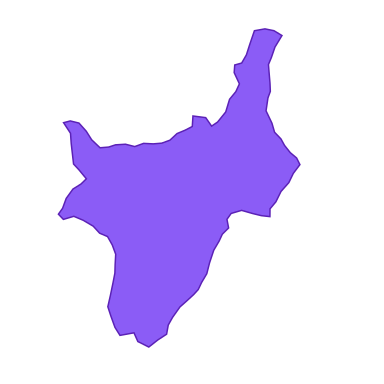 Mauá, São Paulo, Brazil, rotated 342°
{"feature_id": "56859067B13191510448941", "entity_name": "Mauá", "entity_type": "district", "adm_level": 2, "iso_a3": "BRA", "parent_name": "Brazil", "parent_adm1": "São Paulo", "projection": "orthographic", "projection_center": [-46.443, -23.666], "detail": "fine", "context": "isolated", "style": "filled", "palette": "violet", "viewbox_px": 384, "rotation_deg": 342, "n_neighbors": 0, "source": "geoboundaries", "source_scale": "gbopen_adm2", "svg_char_len": 1385}
<svg xmlns="http://www.w3.org/2000/svg" viewBox="0 0 384 384"><g transform="rotate(342 192 192)"><path d="M301.2,57.9L292.6,69.4L286.1,78.4L279.1,84.7L271.9,84.4L269.0,91.5L270.5,103.8L264.7,110.1L256.4,115.4L248.8,126.3L237.9,133.4L231.0,135.4L228.0,125.5L216.4,120.0L212.5,129.8L204.4,131.1L195.8,131.8L187.0,135.9L178.3,136.2L169.9,134.2L161.0,130.8L151.6,131.1L143.5,126.0L133.8,123.5L126.6,123.5L118.2,121.5L112.7,111.3L110.2,101.5L105.8,91.5L98.2,86.8L91.3,86.4L94.6,98.6L92.1,108.6L88.0,128.8L91.3,135.9L95.6,146.8L88.9,150.1L79.7,152.4L70.4,159.2L63.9,167.5L58.1,171.8L61.2,178.3L72.1,178.6L79.7,185.2L87.5,194.0L91.4,202.6L97.9,208.3L99.8,217.7L100.2,227.6L96.5,237.2L93.6,245.3L88.9,253.8L82.4,265.2L76.5,275.1L76.5,284.7L76.9,297.0L79.2,306.1L93.3,308.0L94.3,317.5L103.0,326.1L113.9,322.1L123.9,319.4L128.3,311.2L134.8,305.2L145.0,297.6L153.0,294.1L161.8,290.1L167.8,286.7L173.2,281.0L180.8,274.3L186.8,264.8L194.7,254.1L202.7,247.0L207.8,241.5L215.7,237.5L216.8,228.8L222.6,224.5L233.5,224.8L243.0,231.2L250.6,235.9L258.5,239.5L261.0,232.1L268.7,227.3L276.8,219.0L287.0,213.0L294.1,205.6L303.1,199.3L302.0,192.0L297.6,184.9L294.4,176.3L293.0,169.0L289.0,160.7L289.3,151.3L287.5,137.7L293.3,126.0L297.6,120.5L299.8,112.6L302.4,101.5L304.1,94.4L309.0,88.7L315.7,79.8L325.9,71.0L319.8,63.9L311.8,59.4L301.2,57.9Z" fill="#8b5cf6" stroke="#5b21b6" stroke-width="1.5"/></g></svg>